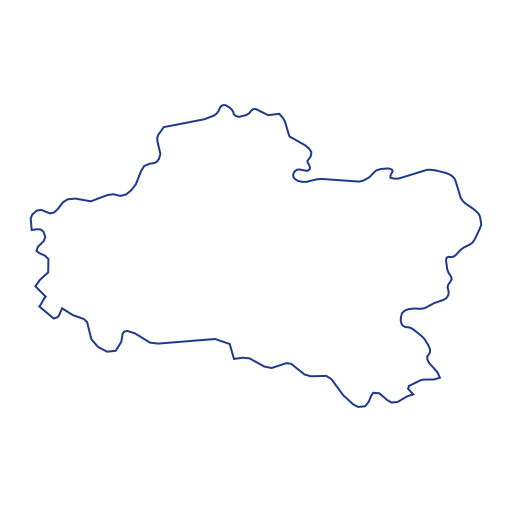 SVG path tracing the border of Loiret
{"feature_id": "FRA-5317", "entity_name": "Loiret", "entity_type": "Metropolitan department", "adm_level": 1, "iso_a3": "FRA", "parent_name": "France", "parent_adm1": "", "projection": "robinson", "projection_center": [2.43, 47.912], "detail": "fine", "context": "isolated", "style": "outline", "palette": "blue", "viewbox_px": 512, "rotation_deg": 0, "n_neighbors": 0, "source": "natural_earth", "source_scale": "10m", "svg_char_len": 2884}
<svg xmlns="http://www.w3.org/2000/svg" viewBox="0 0 512 512"><path d="M53.7,318.5L39.3,306.4L41.0,304.2L43.9,298.9L45.7,296.7L35.4,286.3L40.0,279.8L48.2,272.4L48.4,259.0L44.7,255.5L39.8,253.4L36.5,251.0L37.8,247.0L43.9,240.8L45.3,236.9L43.5,231.8L40.8,229.5L37.4,229.2L31.7,230.0L30.7,218.6L32.3,214.5L36.8,210.6L41.2,209.9L49.9,213.4L54.2,212.4L58.3,208.5L63.1,202.1L67.7,199.3L75.4,198.6L90.8,201.3L107.6,195.0L113.3,194.2L120.2,195.9L126.0,194.5L131.1,190.4L135.9,184.2L141.0,171.3L144.1,166.1L149.7,163.7L153.7,163.2L156.7,161.9L158.9,159.0L160.4,154.0L157.6,142.1L157.2,137.9L158.1,135.1L163.8,127.1L204.6,119.2L214.1,115.5L216.7,113.5L218.2,111.4L220.6,106.7L222.6,105.2L225.4,105.1L229.3,107.4L231.8,109.6L233.3,112.0L233.8,114.2L235.6,115.9L238.9,116.9L246.1,115.1L249.3,113.2L251.1,110.8L252.8,109.3L255.8,109.0L268.2,115.2L276.7,114.1L276.8,114.1L279.2,113.8L283.4,118.6L285.0,121.7L288.9,134.9L289.4,136.0L289.7,136.6L305.5,145.5L309.2,148.8L311.3,151.9L311.2,154.3L310.6,156.5L307.5,160.9L307.5,161.9L307.6,162.5L309.2,165.4L310.0,167.4L309.6,169.4L308.0,170.6L306.8,170.9L299.7,169.5L297.2,169.6L295.0,171.1L293.6,173.1L293.2,175.4L293.6,177.5L295.5,179.4L298.1,181.0L302.4,181.9L306.4,181.9L316.4,179.4L321.0,178.9L359.4,181.6L363.2,180.6L368.9,177.6L371.6,175.0L373.7,172.6L376.5,170.3L380.8,169.0L388.5,168.4L391.9,169.6L392.7,171.4L391.4,173.5L390.4,175.7L390.5,177.8L394.9,178.7L398.8,178.5L427.1,169.8L430.7,169.8L435.7,170.4L446.4,173.1L450.2,174.8L452.3,176.3L454.3,178.3L455.5,180.7L460.7,197.9L462.9,201.1L465.3,203.4L474.0,209.4L478.4,213.5L479.7,215.8L480.3,218.4L481.3,224.6L479.7,228.9L474.5,239.9L472.1,243.0L469.5,244.7L463.6,247.6L460.8,249.7L456.4,254.4L454.2,256.3L451.7,257.1L448.0,256.9L446.7,257.7L446.0,260.3L447.2,269.1L448.4,272.6L451.1,276.6L451.7,278.9L450.3,281.8L448.9,283.7L448.0,285.3L447.6,287.5L448.3,290.1L448.7,292.5L448.3,295.2L446.2,298.3L443.4,299.9L434.4,303.0L425.3,307.9L422.7,308.6L420.1,308.8L414.8,308.5L409.0,309.1L406.4,309.9L404.1,311.2L402.2,313.0L401.9,313.6L401.0,317.0L400.7,320.3L401.3,323.1L402.4,325.3L405.4,327.1L408.0,327.2L410.8,328.0L413.3,329.4L421.2,335.7L424.4,338.9L428.3,345.2L430.0,349.1L430.0,352.4L427.2,356.7L427.4,359.6L429.1,363.0L437.4,372.2L439.9,377.7L434.0,379.5L423.1,379.6L420.3,380.4L408.8,386.0L408.7,387.3L408.0,388.7L413.3,394.4L407.4,396.2L397.4,402.1L391.5,402.5L387.4,400.2L379.3,393.3L373.3,392.8L371.2,395.8L368.9,401.5L365.1,406.3L358.0,406.9L353.2,404.4L343.2,395.2L331.4,379.1L326.2,375.9L311.0,376.3L304.5,374.5L291.2,363.8L286.2,363.2L271.6,368.0L264.2,366.5L249.6,358.4L242.9,357.7L234.0,358.9L229.7,344.0L215.0,339.0L158.2,343.6L149.9,342.6L135.2,333.5L127.4,330.9L124.0,331.7L122.5,334.3L121.3,341.8L115.7,350.8L107.1,351.7L98.1,347.0L91.4,339.3L87.1,322.1L83.8,319.0L72.6,315.0L62.1,308.3L58.8,315.8L57.3,317.3L53.7,318.5Z" fill="none" stroke="#1e3a8a" stroke-width="2"/></svg>